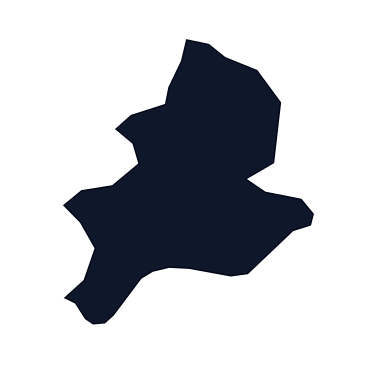 map outline of Ciblas (Albers equal-area conic projection), rotated 101°
{"feature_id": "LVA-5745", "entity_name": "Ciblas", "entity_type": "Municipality", "adm_level": 1, "iso_a3": "LVA", "parent_name": "Latvia", "parent_adm1": "", "projection": "albers", "projection_center": [27.868, 56.613], "detail": "fine", "context": "isolated", "style": "filled", "palette": "ink", "viewbox_px": 384, "rotation_deg": 101, "n_neighbors": 0, "source": "natural_earth", "source_scale": "10m", "svg_char_len": 615}
<svg xmlns="http://www.w3.org/2000/svg" viewBox="0 0 384 384"><g transform="rotate(101 192 192)"><path d="M201.7,69.5L210.5,85.7L261.4,121.9L266.8,137.9L267.3,180.3L270.1,200.2L277.1,215.5L286.3,225.7L327.9,245.9L337.0,252.8L340.2,263.9L336.6,272.3L323.1,285.2L320.1,296.4L299.4,280.9L265.7,276.1L242.9,295.6L229.5,315.1L211.9,300.5L201.2,271.2L174.3,249.3L155.5,259.0L144.7,278.5L128.6,266.3L111.2,234.6L93.7,234.5L65.5,227.1L43.8,226.2L44.1,203.9L53.9,185.3L60.5,151.5L87.4,122.3L147.6,117.6L169.0,142.0L178.4,120.1L178.5,83.5L190.5,68.9L201.7,69.5Z" fill="#0f172a" stroke="#020617" stroke-width="1.5"/></g></svg>